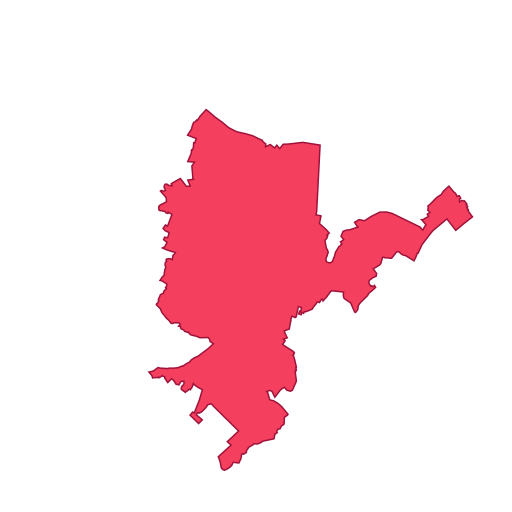 the district of Uriangato, Guanajuato, Mexico, rotated 222°
{"feature_id": "50627088B85486599986999", "entity_name": "Uriangato", "entity_type": "district", "adm_level": 2, "iso_a3": "MEX", "parent_name": "Mexico", "parent_adm1": "Guanajuato", "projection": "albers", "projection_center": [-101.168, 20.117], "detail": "fine", "context": "isolated", "style": "filled", "palette": "rose", "viewbox_px": 512, "rotation_deg": 222, "n_neighbors": 0, "source": "geoboundaries", "source_scale": "gbopen_adm2", "svg_char_len": 6138}
<svg xmlns="http://www.w3.org/2000/svg" viewBox="0 0 512 512"><g transform="rotate(222 256 256)"><path d="M391.0,331.4L391.1,323.1L390.4,317.7L391.0,317.6L391.0,315.3L391.7,313.4L390.6,310.5L388.8,307.0L387.7,300.0L379.0,303.3L377.2,299.0L378.1,298.5L374.8,294.2L374.3,291.7L374.8,291.6L374.7,291.4L372.8,288.9L369.9,280.5L364.5,284.6L363.9,280.0L354.9,271.5L353.8,271.2L357.5,266.8L351.6,263.9L354.4,261.2L364.1,263.0L367.4,253.1L365.3,252.0L368.4,250.0L370.3,249.8L371.5,248.7L371.4,247.4L370.3,245.6L367.2,244.3L367.7,242.6L370.3,241.3L370.5,240.3L362.3,239.4L360.5,238.1L358.8,236.2L361.3,229.9L361.5,228.3L361.2,227.5L359.0,225.3L358.2,225.3L353.7,228.1L352.8,228.1L352.2,227.7L350.4,228.4L349.9,228.8L350.5,229.8L346.3,230.7L341.7,219.0L344.1,218.5L343.5,214.3L340.4,214.0L336.2,215.3L333.9,210.6L336.5,208.8L335.6,206.3L331.2,206.6L330.0,201.8L330.9,199.4L326.3,200.9L320.9,203.3L319.1,204.5L318.0,204.5L318.1,200.8L315.8,197.3L318.5,196.3L320.5,193.8L320.1,192.7L318.9,192.3L319.0,190.4L317.4,188.3L315.1,187.0L314.9,185.4L312.2,181.2L311.4,180.7L311.6,177.7L311.0,173.6L309.2,174.6L303.4,175.5L302.5,174.2L302.0,171.9L300.9,172.1L300.6,170.5L301.0,169.5L300.8,167.8L299.8,166.4L300.8,164.5L301.1,163.2L299.3,158.0L298.4,157.7L297.6,155.2L297.9,154.0L297.5,153.1L291.6,152.8L290.8,152.2L287.3,150.8L284.3,150.5L280.9,149.8L278.0,149.9L274.0,149.2L272.9,150.0L271.8,152.1L270.9,152.6L268.6,154.8L266.6,154.6L266.6,152.1L264.9,153.1L264.1,152.2L263.0,151.8L260.1,152.6L258.5,152.3L256.3,153.3L255.4,153.8L255.3,154.2L253.7,153.7L251.8,153.7L246.3,156.6L243.0,157.7L237.1,163.3L234.7,163.1L232.9,161.7L229.8,162.2L229.4,162.4L229.0,162.4L229.5,155.5L232.1,142.4L232.6,141.7L233.9,138.3L234.6,135.4L234.5,132.5L235.8,128.9L236.7,125.1L237.2,125.0L239.2,120.9L240.1,119.8L242.4,117.3L245.4,114.7L246.5,113.1L252.8,108.1L253.3,108.1L254.2,107.5L255.2,102.5L255.7,101.3L257.9,98.1L253.4,97.5L251.2,96.2L250.1,97.7L248.4,99.1L247.6,100.6L246.6,100.5L245.4,104.5L244.4,104.4L243.1,105.2L241.7,103.9L240.6,104.1L239.6,103.5L236.9,102.9L236.6,108.3L233.8,108.4L229.6,107.2L229.1,107.4L227.6,108.6L227.1,108.6L227.8,112.5L225.8,114.7L224.1,113.0L223.7,111.5L224.0,110.3L223.4,108.2L222.3,106.9L217.2,107.4L217.3,108.5L216.8,109.7L216.5,112.3L215.3,112.6L215.8,115.8L216.5,117.9L217.2,119.3L216.2,119.0L211.4,119.5L206.4,120.8L201.7,111.0L197.2,99.0L196.7,98.4L196.9,98.0L198.7,97.6L198.5,93.6L186.5,93.1L186.3,98.3L194.0,98.1L194.7,100.5L194.2,100.9L193.1,101.1L192.1,103.7L191.8,109.8L192.3,113.2L191.6,114.4L190.0,116.4L186.9,115.9L151.8,114.3L153.1,98.8L148.0,98.8L149.7,81.5L148.8,81.2L144.7,78.9L140.1,75.4L138.3,75.0L136.1,75.6L134.9,78.3L133.9,82.2L134.2,83.9L133.9,84.0L134.8,87.0L134.8,87.5L130.2,90.7L130.8,92.4L131.1,94.1L132.9,97.6L133.5,98.1L134.0,99.6L134.0,100.0L132.8,100.3L132.4,100.8L131.7,103.6L132.8,105.0L133.1,107.6L133.5,108.7L131.9,113.6L131.7,115.3L129.0,117.4L127.3,121.1L127.3,122.3L127.0,123.0L120.3,132.2L122.8,136.4L122.5,136.6L122.1,139.0L122.8,139.2L123.3,139.9L123.9,142.2L123.1,142.8L122.5,143.7L123.4,146.7L122.6,149.3L122.9,150.2L127.0,155.2L126.1,158.6L126.3,159.8L136.3,161.3L140.8,161.2L146.1,160.2L148.5,158.8L149.8,158.5L156.0,162.4L157.4,162.5L155.9,165.2L153.5,166.1L147.5,163.7L148.2,172.1L148.0,174.3L147.0,177.4L143.4,176.9L140.0,178.5L139.1,180.5L141.7,188.5L142.4,190.2L149.3,196.1L149.1,196.5L150.2,197.4L149.6,198.1L151.9,199.9L151.6,200.4L158.2,205.0L161.5,207.0L162.1,206.9L162.2,208.5L162.5,208.5L162.6,209.2L162.9,209.2L163.0,210.0L165.2,209.9L175.4,208.2L177.0,208.1L177.6,212.4L178.7,212.4L178.6,212.7L179.3,212.8L179.9,212.7L178.0,216.1L182.3,217.8L184.9,219.2L182.4,224.0L186.1,229.9L186.5,231.0L187.1,231.4L188.1,233.0L188.9,234.9L189.0,235.3L185.7,236.5L185.5,237.2L185.7,237.6L185.5,237.8L190.7,246.8L187.7,248.2L185.6,244.4L186.7,244.1L185.6,241.5L183.2,242.5L184.2,244.8L182.2,245.2L182.9,247.1L181.7,247.8L178.7,254.0L179.1,256.4L179.4,261.4L179.9,262.8L177.7,263.9L178.2,266.3L178.2,268.2L177.0,268.1L176.1,267.5L176.2,271.4L176.0,271.9L176.8,279.7L176.5,280.5L175.8,281.3L166.8,287.8L164.9,285.2L162.6,283.6L161.5,283.5L154.6,284.4L153.4,284.1L145.7,280.6L144.5,280.4L144.2,281.2L144.5,284.0L145.7,286.2L146.3,286.6L146.7,287.6L147.1,289.6L147.2,291.4L146.6,300.9L147.2,304.3L146.6,307.4L146.1,312.7L148.3,313.4L148.2,311.8L148.9,311.5L150.0,311.4L150.5,310.3L151.5,310.7L153.4,311.0L155.1,312.7L155.4,314.2L154.6,318.1L153.2,321.4L154.6,323.7L160.3,324.9L158.2,331.7L158.1,332.7L158.3,334.1L161.0,339.6L160.6,340.3L158.3,341.4L157.2,342.6L155.2,343.8L153.7,345.2L154.2,352.7L153.9,353.7L153.3,354.3L152.2,354.7L149.0,354.7L147.8,355.0L144.6,356.5L135.4,358.1L136.2,361.3L138.0,366.1L137.4,366.5L140.2,375.5L141.2,387.4L141.5,392.5L141.3,395.0L138.9,411.3L124.7,408.7L123.3,418.6L121.3,430.0L123.9,430.4L125.6,430.9L126.3,430.8L129.2,431.7L129.0,432.4L131.8,433.0L131.6,434.2L133.5,434.6L133.4,435.0L134.4,435.1L134.4,435.8L135.9,436.1L138.2,436.4L138.3,435.9L140.2,435.0L141.0,432.4L142.7,434.2L142.5,435.9L144.8,436.7L145.4,436.8L146.4,434.8L147.9,435.5L150.0,436.1L151.7,435.9L159.4,437.0L160.1,429.2L159.4,425.7L160.6,421.5L160.9,419.7L161.2,411.6L161.7,408.1L160.7,407.6L159.0,405.0L155.9,404.8L156.7,401.6L154.4,401.0L154.7,399.5L155.7,396.8L156.0,395.1L157.3,393.8L150.6,393.0L150.4,390.8L149.4,386.9L151.2,386.9L153.1,387.4L183.4,378.7L188.5,376.0L193.4,371.4L196.9,362.4L198.9,354.9L203.8,351.9L205.3,347.0L201.7,346.0L199.6,345.8L203.8,338.3L206.0,336.0L207.8,332.6L206.0,327.6L201.7,326.8L202.7,323.0L200.6,322.7L200.5,321.6L200.2,321.7L200.3,319.2L200.7,318.8L199.5,312.1L197.7,308.7L195.5,302.9L196.4,300.3L199.7,298.7L202.3,300.8L203.4,304.1L203.8,304.7L204.8,307.1L207.4,308.6L208.6,308.7L209.1,309.0L214.6,313.2L215.2,314.2L215.3,316.8L216.3,319.1L217.3,319.0L216.9,322.0L221.3,322.6L230.6,322.6L234.5,329.3L239.1,326.7L240.4,329.3L282.6,381.3L297.2,371.8L307.1,360.6L310.6,357.2L310.2,351.7L314.7,352.3L314.5,348.7L319.9,348.4L322.0,343.6L323.7,345.8L327.3,345.6L328.9,346.2L332.5,344.9L338.8,343.2L345.9,339.7L352.6,335.9L354.9,335.0L362.3,333.1L370.6,332.8L379.7,331.8L387.6,331.7L391.0,331.4Z" fill="#f43f5e" stroke="#9f1239" stroke-width="1.5"/></g></svg>